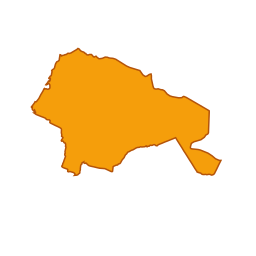 the border of Sistan and Baluchestan, rotated 108°
{"feature_id": "IRN-3247", "entity_name": "Sistan and Baluchestan", "entity_type": "Province", "adm_level": 1, "iso_a3": "IRN", "parent_name": "Iran", "parent_adm1": "", "projection": "mercator", "projection_center": [61.271, 28.254], "detail": "fine", "context": "isolated", "style": "filled", "palette": "amber", "viewbox_px": 256, "rotation_deg": 108, "n_neighbors": 0, "source": "natural_earth", "source_scale": "10m", "svg_char_len": 5435}
<svg xmlns="http://www.w3.org/2000/svg" viewBox="0 0 256 256"><g transform="rotate(108 128 128)"><path d="M143.2,31.5L144.6,31.7L145.3,32.0L145.9,32.4L146.8,33.6L147.0,34.2L146.8,35.6L146.9,36.2L147.1,36.9L147.8,38.1L148.1,38.8L148.1,39.7L148.2,40.1L148.7,41.1L149.0,42.1L149.1,42.7L149.1,43.3L148.9,44.0L148.4,45.0L148.5,45.4L148.6,47.6L148.4,47.9L148.4,48.4L148.4,48.5L148.5,48.6L148.0,49.1L145.8,51.9L142.3,56.0L139.2,59.8L137.0,62.4L134.1,65.9L132.6,67.8L130.3,70.4L126.1,75.5L124.1,77.9L122.5,79.7L124.7,82.3L126.1,84.0L127.9,86.1L129.9,88.6L132.1,91.1L134.3,93.8L134.8,94.2L135.4,94.5L135.9,94.8L136.1,95.6L136.1,96.2L135.7,97.3L135.7,97.9L136.0,98.5L136.9,99.5L137.2,100.0L137.3,100.4L137.4,101.1L137.5,101.5L137.8,101.8L138.0,101.9L138.3,101.9L138.6,102.1L138.9,102.5L139.0,103.1L139.2,103.5L139.7,103.7L139.9,103.9L140.0,104.2L139.9,104.5L139.7,104.8L139.5,105.0L139.4,105.1L139.5,105.3L139.7,105.5L140.0,105.6L140.3,105.9L140.6,106.2L141.7,108.8L141.9,109.5L141.9,110.0L142.1,110.4L142.9,111.3L143.6,113.0L144.4,114.0L147.2,116.5L148.3,118.0L150.1,119.6L150.9,120.6L151.4,120.9L153.0,121.3L154.3,122.1L155.2,122.3L157.0,122.5L157.8,122.7L160.1,123.7L163.7,124.4L164.4,124.8L164.7,125.2L165.0,125.6L165.2,126.0L165.7,126.2L166.1,126.3L166.4,126.5L166.6,126.8L166.8,127.4L167.2,128.0L168.9,129.9L169.4,130.2L173.9,129.3L174.5,129.7L174.6,130.8L174.2,133.9L173.8,137.4L174.3,139.6L175.0,142.5L175.2,144.3L175.4,146.8L175.5,148.3L175.8,151.2L175.9,152.8L175.8,154.0L174.3,157.2L174.9,157.9L175.0,158.2L174.9,158.7L174.8,159.2L174.7,159.5L174.4,159.7L174.0,159.7L175.1,160.8L175.5,161.0L175.8,161.0L176.1,160.8L176.3,160.7L176.5,160.8L177.2,161.2L178.0,161.4L178.8,161.3L180.3,161.0L181.0,160.9L182.5,160.4L183.2,160.4L183.6,160.5L184.0,160.4L185.5,160.0L186.1,160.1L186.8,160.8L187.1,160.9L187.8,161.2L188.0,161.3L188.3,161.7L188.7,162.2L189.6,164.3L189.1,164.1L188.6,164.1L188.0,164.3L187.7,164.8L187.6,165.1L187.3,165.5L187.2,165.9L187.2,166.2L187.3,169.6L187.6,170.2L187.9,170.7L188.1,171.2L188.0,171.8L187.6,172.1L186.5,172.3L186.1,172.5L185.9,173.0L185.7,177.4L185.4,178.6L184.8,179.2L184.5,179.2L184.3,179.1L184.1,179.0L183.9,178.9L183.6,178.8L182.8,179.0L181.7,179.0L180.7,178.8L178.2,178.8L176.1,178.7L174.3,178.7L174.0,178.8L173.8,179.0L173.5,179.5L173.3,179.7L173.1,179.8L172.9,179.9L172.0,180.1L171.8,180.1L171.5,179.9L171.2,179.9L171.0,180.0L170.8,180.2L170.5,180.4L170.0,180.6L165.4,181.1L165.2,181.2L165.0,181.3L164.7,181.7L164.6,181.9L164.3,181.9L163.7,181.9L163.3,182.0L162.9,182.3L162.7,182.4L162.2,182.6L161.9,182.8L161.7,183.0L161.7,183.3L161.8,183.5L161.9,183.8L161.6,184.4L160.8,185.2L160.6,185.6L160.7,186.3L161.0,186.8L161.0,187.2L160.4,187.6L159.4,187.4L158.2,187.0L157.2,186.9L156.7,187.6L156.6,188.3L156.4,188.6L155.3,188.8L154.7,189.0L154.2,189.3L153.2,189.9L150.0,190.8L149.3,191.3L148.9,192.2L148.7,193.1L148.4,194.9L148.2,196.6L148.0,198.4L147.6,200.9L147.3,203.1L147.2,203.6L146.8,204.1L146.3,204.2L145.8,204.2L145.2,204.3L144.6,205.1L144.8,206.2L145.1,207.4L145.0,208.4L144.8,208.7L144.4,209.1L144.2,209.4L144.2,209.8L144.0,211.6L143.9,214.1L143.7,217.1L143.5,219.6L142.7,222.1L142.5,221.7L142.4,221.2L142.0,220.9L141.9,220.7L141.5,220.8L141.4,220.9L141.4,221.4L141.3,221.6L141.7,222.1L141.9,222.2L141.3,222.1L140.8,221.9L140.4,221.9L139.8,222.4L140.4,222.6L140.7,222.8L140.9,223.0L140.8,223.3L140.4,223.8L140.2,224.2L140.2,224.3L140.0,224.6L139.6,224.9L138.1,225.3L138.5,225.6L137.9,226.4L133.3,224.8L131.7,224.5L131.7,224.0L131.3,223.3L127.5,221.9L123.1,221.2L119.3,220.3L116.8,220.0L116.3,219.7L116.7,219.3L116.1,218.4L116.0,218.0L116.0,216.3L115.9,216.0L114.9,215.0L114.5,214.8L114.0,214.7L113.5,214.8L111.7,215.4L111.2,215.6L111.0,216.0L110.5,216.5L110.3,216.9L110.3,217.1L110.4,217.3L110.5,217.9L110.6,218.0L110.8,218.0L111.1,218.1L111.4,218.1L111.5,218.2L111.6,218.4L111.9,218.7L111.6,218.6L112.3,219.1L112.3,219.5L112.0,219.4L111.1,219.1L110.0,218.6L109.4,218.3L108.3,218.3L107.5,217.7L107.7,217.2L107.8,217.1L107.5,216.9L107.0,216.8L106.0,216.9L105.2,217.0L104.8,217.3L104.8,217.5L105.5,218.1L105.3,218.6L104.5,218.6L104.0,218.3L103.7,218.2L102.8,218.0L102.6,217.9L102.3,217.5L101.8,217.2L100.8,217.3L99.5,217.5L98.0,217.6L97.0,218.3L95.9,217.9L94.7,216.8L93.5,216.5L90.4,216.7L89.1,216.7L87.1,216.2L85.8,214.9L84.8,214.4L83.3,214.7L80.1,215.2L79.3,215.3L79.2,214.6L79.9,214.3L79.9,213.8L80.0,213.3L79.5,213.1L79.3,212.8L78.3,211.1L77.8,210.7L77.5,210.2L77.3,209.6L76.8,209.1L76.0,208.7L75.4,208.1L75.3,207.0L74.4,205.6L69.3,201.1L68.3,200.4L67.9,200.3L67.8,199.7L68.0,198.8L68.5,198.0L68.8,197.8L69.3,196.5L69.5,195.4L69.5,193.5L69.8,192.8L70.2,192.3L70.1,191.3L70.6,190.7L71.1,189.5L70.8,188.3L69.9,187.2L69.4,185.5L70.1,184.1L70.9,183.0L70.9,182.0L70.0,181.2L69.6,180.5L70.4,179.2L71.1,176.9L69.7,174.0L67.6,171.6L67.1,169.5L67.2,167.6L67.0,166.4L66.4,163.9L66.4,160.9L69.5,148.6L69.9,145.1L69.7,134.5L72.8,130.4L73.7,127.6L72.7,126.0L70.5,124.3L69.5,122.8L71.0,121.9L74.1,120.9L80.4,117.2L81.6,116.3L82.4,115.4L82.5,114.2L82.2,113.0L81.4,111.4L81.4,108.8L81.0,106.8L81.4,104.8L83.6,101.3L84.5,98.2L84.5,95.5L83.6,88.9L82.5,86.2L81.3,85.4L80.7,84.7L80.9,82.1L86.5,56.2L87.3,55.8L107.7,50.0L109.1,50.3L110.1,51.3L110.7,51.8L113.2,52.5L116.6,55.0L120.8,61.1L123.1,63.0L126.7,62.8L127.7,62.5L128.1,61.8L128.1,60.8L126.8,54.7L126.6,52.3L127.2,44.1L128.5,39.4L130.2,35.3L130.6,31.4L130.1,29.6L134.7,30.3L140.0,31.0L143.2,31.5Z" fill="#f59e0b" stroke="#b45309" stroke-width="1.5"/></g></svg>